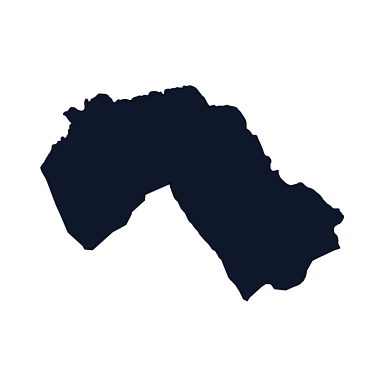 the district of Vermaul, Shefa, Vanuatu, rotated 157°
{"feature_id": "77236927B21234024058134", "entity_name": "Vermaul", "entity_type": "district", "adm_level": 2, "iso_a3": "VUT", "parent_name": "Vanuatu", "parent_adm1": "Shefa", "projection": "orthographic", "projection_center": [168.197, -16.741], "detail": "fine", "context": "isolated", "style": "filled", "palette": "ink", "viewbox_px": 384, "rotation_deg": 157, "n_neighbors": 0, "source": "geoboundaries", "source_scale": "gbopen_adm2", "svg_char_len": 6039}
<svg xmlns="http://www.w3.org/2000/svg" viewBox="0 0 384 384"><g transform="rotate(157 192 192)"><path d="M312.8,181.5L306.2,178.0L280.7,186.7L265.7,188.1L257.0,195.4L255.6,197.5L239.6,203.1L239.2,203.1L236.4,208.3L212.7,208.6L208.6,208.4L209.6,204.4L210.1,195.0L209.8,192.2L208.2,188.6L208.2,185.4L208.0,182.3L208.0,180.9L206.1,175.6L205.9,171.5L205.9,169.2L205.6,166.2L204.0,162.9L203.0,157.9L202.1,155.8L201.4,153.7L201.1,150.4L199.7,146.2L198.8,143.2L196.7,138.0L196.0,135.2L195.3,131.7L194.1,130.1L192.9,128.2L192.9,127.5L192.7,125.6L192.3,124.2L192.3,121.2L190.8,118.3L191.1,109.5L191.1,104.8L191.3,99.2L190.4,96.3L187.8,89.5L186.6,82.3L186.2,75.9L186.2,73.6L183.6,70.6L180.7,72.7L165.3,78.1L159.6,79.2L154.9,76.6L153.6,70.8L143.7,65.4L137.3,65.6L129.4,65.4L124.2,67.3L120.9,70.0L119.1,72.4L117.4,75.2L108.3,82.2L102.6,82.7L94.4,83.0L84.1,83.4L78.1,82.9L77.9,83.6L78.2,85.3L78.2,86.6L78.1,87.9L77.7,88.8L77.0,90.1L76.3,92.4L76.1,94.1L76.3,95.7L76.7,96.4L77.0,97.2L77.5,98.3L77.6,99.1L77.6,100.0L77.2,101.0L76.6,102.1L76.3,103.4L75.5,104.1L73.9,105.1L72.6,105.5L71.9,105.4L71.4,105.9L70.8,106.0L70.3,105.7L68.4,105.8L67.0,106.2L64.9,107.5L63.4,108.8L62.4,109.9L62.2,110.8L62.7,111.8L63.1,113.0L63.1,114.1L63.4,114.9L63.9,116.0L64.3,117.0L63.9,117.6L63.6,118.2L64.0,119.0L64.7,119.5L65.7,119.7L67.2,120.3L68.7,121.2L69.6,122.4L69.9,123.7L70.5,125.0L71.2,126.1L72.4,127.6L73.2,129.3L73.8,131.0L74.0,131.9L74.5,132.7L74.7,133.4L74.9,134.5L75.4,137.2L75.9,138.7L76.6,140.3L77.4,141.6L78.3,143.3L79.2,145.4L80.3,147.2L81.7,148.7L82.6,149.3L83.5,150.0L84.6,151.2L85.3,152.4L86.0,153.8L86.6,155.3L87.3,156.7L87.7,157.4L88.4,157.8L89.7,158.1L90.4,158.2L91.4,158.0L92.3,157.9L94.4,158.2L95.7,158.4L97.6,158.6L99.0,159.1L99.8,159.8L101.5,161.5L103.3,164.4L103.8,165.9L104.4,167.2L105.1,169.0L105.6,170.7L105.9,171.9L105.6,173.2L105.8,173.9L105.5,175.8L105.0,177.1L104.5,177.8L104.7,178.2L105.6,178.4L106.9,178.5L108.2,178.8L109.5,179.1L110.5,180.0L111.0,181.3L111.1,182.9L110.8,184.1L110.5,185.0L110.0,186.4L109.5,187.5L108.8,188.2L108.0,188.7L107.5,189.8L107.2,191.1L107.5,192.7L107.9,194.2L108.5,194.5L109.1,195.1L110.4,196.4L111.1,197.9L111.2,199.5L111.1,200.8L110.9,202.7L110.8,204.2L110.8,208.7L110.8,210.9L111.0,214.7L110.8,216.7L110.8,218.2L111.4,219.0L112.5,219.5L113.5,219.7L114.5,220.8L115.0,222.2L115.0,223.6L115.5,225.3L116.0,226.3L116.5,227.2L117.4,228.5L117.6,229.5L117.0,230.9L116.5,232.0L116.2,232.7L115.6,234.3L115.1,236.3L115.2,237.5L115.3,239.6L115.7,241.7L116.0,243.1L116.3,245.4L116.9,247.4L117.7,249.3L118.1,251.0L118.9,252.4L120.0,253.5L121.8,254.7L123.5,255.7L124.3,256.4L124.9,257.0L125.8,257.8L126.8,258.0L128.4,258.2L131.0,258.8L131.8,259.4L132.5,259.8L133.4,260.1L134.7,260.4L135.1,260.5L136.0,260.6L136.8,260.9L137.3,261.7L137.8,262.8L138.4,263.1L139.4,263.2L140.3,263.3L141.2,263.4L142.0,263.6L142.8,264.1L143.2,265.2L143.5,266.5L143.8,267.8L143.9,269.0L144.0,270.2L144.1,272.1L144.2,273.4L144.5,274.6L145.0,275.4L145.2,275.6L145.7,276.8L146.0,278.1L146.6,280.2L147.2,282.4L147.6,284.1L148.2,285.7L148.9,286.8L149.5,287.8L150.7,288.7L151.6,289.8L152.5,290.3L153.3,290.6L154.3,290.6L155.7,290.8L156.8,291.6L157.8,292.3L158.4,292.4L159.1,292.2L159.3,292.0L159.6,291.1L160.5,290.6L161.3,291.4L161.7,292.0L162.7,292.1L162.9,292.1L163.9,292.9L164.7,293.5L165.7,293.8L166.9,293.5L167.5,293.3L167.8,293.8L168.4,294.2L169.0,294.2L170.5,294.8L171.0,294.7L171.8,294.5L173.1,295.3L174.4,295.9L175.3,296.0L176.2,296.2L176.7,296.1L176.6,295.2L176.6,294.6L177.4,294.6L177.7,295.0L178.2,294.0L178.9,292.9L179.6,292.3L180.3,292.4L181.1,293.2L181.5,294.3L181.6,295.3L181.9,295.9L182.5,295.7L183.1,295.8L184.0,296.5L185.3,297.5L186.2,298.5L187.6,298.9L188.9,299.4L189.7,299.8L191.0,299.8L191.8,299.7L192.4,299.2L193.2,298.6L194.1,297.9L194.9,297.6L195.8,297.9L197.4,299.0L198.4,299.5L199.2,299.4L200.3,299.3L201.0,299.5L201.8,300.0L202.6,300.4L203.1,300.7L204.8,300.8L206.3,300.9L208.1,301.2L209.9,300.9L210.7,300.6L211.0,300.4L211.5,299.8L212.2,299.6L212.7,300.0L213.3,299.8L213.6,300.2L215.5,301.9L216.0,302.2L216.5,302.6L217.4,303.0L218.1,303.3L219.4,303.6L220.0,303.9L220.7,303.9L221.7,303.9L222.1,304.0L222.8,304.5L223.2,304.9L224.0,305.4L224.7,305.3L225.4,304.9L226.2,304.7L227.0,304.2L228.7,304.0L229.3,304.5L229.6,305.3L230.0,306.3L230.1,307.3L230.1,307.8L230.0,308.5L230.2,309.1L230.7,310.0L231.3,311.0L231.5,311.8L231.7,313.0L232.3,314.1L233.3,315.2L234.3,315.8L235.2,316.1L235.8,316.5L236.7,317.0L237.7,317.5L238.6,318.0L239.3,318.2L240.0,318.3L241.8,317.6L242.5,317.1L243.5,316.9L244.8,316.7L245.8,316.4L246.8,316.4L247.7,316.4L248.2,316.4L248.6,316.3L249.1,315.7L249.1,315.3L249.4,314.9L250.3,314.6L251.2,314.8L252.1,315.2L252.6,315.6L252.8,316.5L252.3,317.2L252.5,318.0L253.2,318.6L254.3,318.0L255.1,316.8L255.9,315.5L256.2,314.5L256.6,313.0L257.1,311.8L257.4,311.0L258.1,310.2L258.9,309.5L259.9,309.1L260.1,309.1L261.7,309.0L262.9,309.6L263.8,310.4L264.8,311.1L265.7,312.1L266.3,313.2L266.9,314.4L267.8,315.4L267.9,315.5L269.1,316.1L270.0,316.7L271.3,316.5L273.7,314.9L274.7,314.5L275.9,314.5L276.9,314.9L278.0,314.8L279.4,314.2L279.7,313.8L279.5,313.2L278.7,312.6L277.9,311.3L277.5,309.5L277.1,307.7L276.7,305.9L276.3,304.6L275.9,303.6L275.7,303.2L275.8,302.5L275.7,301.9L275.9,301.2L276.6,301.0L277.6,301.1L278.3,300.7L278.8,299.9L279.1,298.7L279.8,297.1L280.2,296.8L280.6,296.7L281.0,297.2L281.6,296.4L281.9,295.2L282.4,294.2L283.2,293.2L284.3,292.5L285.2,291.8L285.6,291.1L286.2,290.8L287.0,290.7L287.8,290.8L288.5,291.0L289.1,291.4L289.4,291.9L289.2,292.4L289.3,292.8L290.2,293.1L291.0,292.8L291.6,291.9L291.4,291.3L291.5,290.5L292.1,289.8L292.8,289.7L293.7,290.2L294.4,290.2L295.5,290.5L296.2,289.7L297.4,289.0L298.8,288.8L299.8,288.9L301.5,289.2L301.8,289.3L302.3,289.1L302.7,288.4L303.6,286.6L304.5,285.4L305.8,284.4L307.2,283.1L308.8,282.3L310.1,281.4L311.7,280.2L313.3,279.1L314.6,278.0L316.0,276.7L317.6,276.0L319.0,275.2L320.1,274.4L321.5,273.4L321.8,269.3L320.8,262.0L320.8,257.5L321.8,232.7L321.5,224.0L321.5,203.5L313.1,185.3L312.8,181.5Z" fill="#0f172a" stroke="#020617" stroke-width="1.5"/></g></svg>